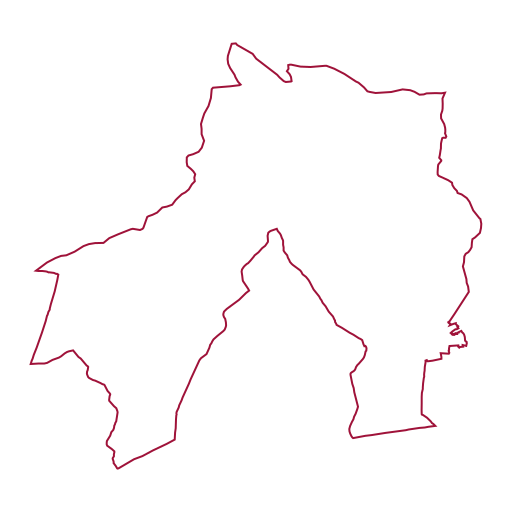 the district of Sistarovat, Arad, Romania
{"feature_id": "2599482B58875225116785", "entity_name": "Sistarovat", "entity_type": "district", "adm_level": 2, "iso_a3": "ROU", "parent_name": "Romania", "parent_adm1": "Arad", "projection": "robinson", "projection_center": [21.746, 45.981], "detail": "fine", "context": "isolated", "style": "outline", "palette": "rose", "viewbox_px": 512, "rotation_deg": 0, "n_neighbors": 0, "source": "geoboundaries", "source_scale": "gbopen_adm2", "svg_char_len": 6016}
<svg xmlns="http://www.w3.org/2000/svg" viewBox="0 0 512 512"><path d="M454.4,314.1L468.8,291.9L468.1,286.5L466.7,282.9L466.4,279.1L462.9,266.4L464.0,262.2L464.3,256.4L465.7,253.8L468.3,252.2L470.1,249.9L471.6,247.2L471.9,242.7L472.4,239.2L475.1,237.4L479.9,232.9L481.0,228.0L481.3,223.8L480.4,219.0L479.4,218.2L473.2,210.4L469.5,201.8L466.8,198.1L461.6,194.4L457.6,193.0L456.9,190.9L454.3,188.2L452.4,185.1L452.0,182.7L448.2,180.2L438.8,175.9L437.7,174.5L437.6,172.1L438.0,166.1L438.3,164.5L441.2,161.0L441.3,160.3L439.2,157.8L439.8,155.2L440.6,149.9L440.9,148.6L441.0,143.6L441.4,141.6L442.2,138.2L443.2,137.7L445.6,137.8L446.3,136.5L445.0,133.2L445.3,132.2L445.3,129.4L445.1,127.6L444.2,124.1L441.1,118.4L441.0,114.5L442.3,110.7L442.6,108.5L442.7,103.8L442.5,98.5L445.0,92.7L441.5,93.3L435.7,93.1L426.5,93.4L423.8,94.4L419.5,94.7L414.5,91.8L410.2,90.2L402.6,89.4L391.2,92.0L375.6,93.0L369.6,91.9L367.4,91.3L364.0,87.4L358.5,82.7L355.9,81.5L344.5,74.0L334.2,68.7L326.5,65.8L324.9,65.8L310.6,67.0L300.4,66.6L291.4,64.7L289.7,64.7L288.2,65.1L288.5,68.8L286.9,71.2L289.7,74.3L291.0,77.0L291.6,81.2L291.1,81.5L285.8,82.0L283.7,81.1L279.6,77.5L277.2,74.8L256.2,58.7L252.7,53.9L237.3,45.1L235.8,43.4L231.7,43.8L227.9,55.9L227.6,59.3L228.2,63.8L230.1,68.0L234.5,74.7L235.5,77.3L238.0,81.7L240.6,84.6L239.4,85.2L230.2,86.3L213.0,87.7L211.7,89.2L210.9,98.0L208.5,106.0L204.3,113.5L202.8,118.0L201.0,124.0L201.6,128.9L201.6,134.2L204.1,140.8L201.8,147.7L198.6,151.8L193.1,154.2L188.5,155.5L186.8,157.4L186.7,162.2L187.3,165.9L191.1,169.1L193.3,171.3L195.2,174.2L194.3,177.6L194.8,181.3L191.9,184.3L188.8,189.4L185.4,192.3L181.8,194.2L177.9,197.8L175.6,200.1L172.2,204.7L166.9,206.6L162.3,207.5L157.1,212.6L152.5,214.8L148.5,216.2L147.2,217.0L143.4,227.8L142.5,228.9L140.0,230.0L132.8,228.8L130.7,229.3L118.1,234.3L109.3,238.1L103.5,242.9L95.0,243.1L88.9,244.1L83.5,246.1L74.6,251.7L66.3,255.3L61.1,255.9L55.4,258.1L47.0,262.5L36.0,270.7L38.5,271.0L42.4,271.0L45.8,271.4L47.1,271.7L48.6,272.4L49.2,272.3L53.9,272.9L56.2,273.9L57.0,273.8L58.3,274.6L57.3,280.0L54.7,291.4L50.9,304.0L49.8,308.4L49.7,309.7L48.4,311.9L47.6,314.8L47.0,315.8L45.7,321.1L42.0,332.5L36.6,347.8L33.8,354.8L32.6,358.7L31.7,360.7L30.7,364.0L39.0,363.5L44.4,363.5L47.1,362.9L52.5,359.9L58.9,357.6L61.1,356.3L64.7,353.4L67.0,352.0L69.0,351.3L73.1,350.4L78.5,357.0L80.7,358.5L86.6,365.5L87.8,366.3L88.2,366.9L87.7,370.1L87.1,371.5L86.9,373.5L87.1,374.5L88.2,377.1L89.0,377.9L92.9,380.0L95.1,380.6L100.4,383.0L102.5,384.2L103.8,384.5L104.5,385.0L107.6,391.0L109.7,393.3L110.2,394.1L110.2,394.6L109.6,396.2L109.1,400.1L109.3,400.9L114.0,406.2L116.3,408.2L117.4,411.2L117.6,412.4L116.2,421.4L115.4,422.7L114.9,424.5L114.3,425.6L114.0,427.9L113.3,429.9L111.3,432.2L110.2,435.7L106.9,441.0L106.7,442.7L106.7,444.4L107.2,445.7L112.0,449.2L114.3,451.3L114.4,452.0L113.9,454.2L113.9,456.3L112.7,458.2L112.7,458.9L113.5,461.2L113.7,462.3L113.6,463.1L115.7,465.9L117.2,468.4L117.7,468.6L118.6,468.3L134.1,459.2L142.4,456.1L153.0,450.4L166.7,443.9L174.7,439.6L175.1,432.5L175.7,428.3L176.0,419.2L176.3,415.4L176.6,414.6L176.4,413.4L176.6,412.0L178.7,407.5L179.2,405.4L181.6,400.3L182.6,397.5L188.9,383.7L190.6,379.4L199.3,360.5L200.2,359.2L201.1,358.1L206.5,354.1L209.4,347.7L210.2,344.8L211.3,343.4L212.3,341.3L213.5,339.4L217.4,335.9L223.3,331.1L224.7,329.6L225.8,326.8L226.1,325.3L225.9,322.3L225.2,318.9L223.9,316.9L223.3,314.9L223.4,313.7L223.9,311.9L224.4,311.2L226.9,308.8L239.1,299.8L245.9,293.1L249.1,290.6L248.1,288.7L243.0,281.1L242.7,280.0L242.2,275.6L241.6,271.6L242.0,269.5L243.5,267.2L244.6,265.9L246.7,264.0L248.1,263.2L250.5,260.6L253.8,256.6L254.6,255.4L258.5,252.3L262.1,248.2L265.2,245.8L267.8,242.1L268.0,241.1L267.6,235.8L268.3,232.7L269.7,231.5L271.0,230.8L276.8,228.8L277.7,230.9L280.0,233.6L280.9,235.2L281.8,237.9L282.8,239.9L283.1,240.8L283.1,244.8L283.6,247.4L283.6,250.6L284.8,252.5L287.2,255.3L287.9,257.7L289.3,260.2L289.9,261.8L291.6,263.8L292.8,264.9L300.2,270.4L301.3,271.8L302.6,274.3L306.0,276.9L308.3,279.7L309.5,281.6L313.6,289.5L319.2,296.5L320.3,298.7L321.5,300.3L322.6,302.7L325.6,306.3L328.7,311.6L333.0,316.5L334.5,319.8L335.0,320.4L335.1,322.0L336.1,323.6L336.6,324.9L341.9,327.8L349.6,332.7L353.4,334.7L358.8,338.2L360.6,339.0L362.2,340.1L363.5,344.3L364.4,346.2L365.3,345.9L365.8,346.4L366.2,347.2L366.5,348.3L366.3,350.7L365.6,351.4L364.8,355.1L363.9,357.5L362.9,359.0L358.7,363.8L357.4,365.0L356.0,367.1L355.4,368.9L354.8,370.0L353.7,371.1L351.9,372.2L350.8,373.1L350.5,373.8L350.5,374.8L352.3,383.9L353.7,388.1L354.3,392.3L358.0,406.7L357.3,409.1L355.6,413.8L354.1,416.7L353.4,419.3L351.9,422.0L350.1,426.0L349.3,429.0L349.5,431.4L350.2,433.6L351.5,436.3L352.3,437.4L353.1,438.1L365.4,435.8L371.5,435.1L385.5,432.9L405.8,430.2L408.7,429.5L419.6,427.9L424.8,427.5L428.4,426.8L435.3,425.9L433.3,423.9L432.0,423.1L430.7,421.3L427.0,417.7L423.0,415.0L421.9,414.6L421.7,414.1L421.6,409.9L421.7,403.2L421.7,396.8L421.9,392.8L422.8,389.0L422.8,387.6L423.1,383.3L423.8,378.0L424.2,376.7L424.1,374.6L424.3,372.5L424.6,370.8L424.8,366.9L425.6,362.1L425.5,360.6L426.8,360.1L427.3,361.1L427.7,361.3L432.4,360.7L441.4,358.8L441.4,357.0L440.7,353.2L448.8,353.7L449.3,352.8L449.1,352.1L448.8,351.6L448.9,350.9L448.7,350.3L449.1,349.8L449.0,348.5L449.5,346.0L458.4,345.4L458.5,345.9L458.2,346.6L459.9,348.3L459.1,347.1L463.0,346.7L462.6,345.7L462.6,345.0L466.2,345.9L466.8,343.2L466.6,341.9L466.1,341.7L465.8,341.2L465.1,340.7L464.8,337.0L464.1,334.6L463.3,333.3L462.2,332.4L461.3,330.9L458.8,332.1L458.7,332.6L457.3,332.7L456.8,333.3L457.2,333.5L457.2,334.0L455.8,334.0L455.4,333.3L454.8,333.6L453.9,334.3L454.3,334.7L454.3,334.9L452.8,334.9L452.3,334.6L452.7,334.1L453.3,333.9L452.1,333.5L451.5,333.7L450.7,333.0L452.3,331.5L455.4,329.3L456.8,329.2L458.4,328.3L457.4,327.0L458.2,326.6L458.3,326.3L455.8,324.2L455.8,323.2L453.4,323.9L449.8,325.3L450.4,324.3L450.8,324.1L449.7,323.5L449.7,323.2L449.3,322.8L448.8,323.0L448.6,322.8L448.8,322.5L448.4,322.1L449.6,321.2L454.4,314.1Z" fill="none" stroke="#9f1239" stroke-width="2"/></svg>